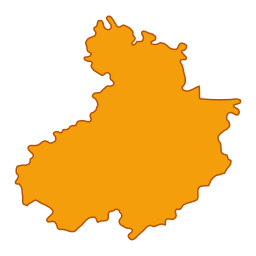 outline of Slutsk, Minsk, Belarus
{"feature_id": "67162791B93573624741448", "entity_name": "Slutsk", "entity_type": "district", "adm_level": 2, "iso_a3": "BLR", "parent_name": "Belarus", "parent_adm1": "Minsk", "projection": "orthographic", "projection_center": [27.567, 53.118], "detail": "fine", "context": "isolated", "style": "filled", "palette": "amber", "viewbox_px": 256, "rotation_deg": 0, "n_neighbors": 0, "source": "geoboundaries", "source_scale": "gbopen_adm2", "svg_char_len": 5703}
<svg xmlns="http://www.w3.org/2000/svg" viewBox="0 0 256 256"><path d="M27.3,205.5L28.9,203.7L32.1,202.0L33.5,200.8L35.3,200.3L36.3,200.2L40.1,202.5L42.0,203.6L44.6,204.6L46.7,205.7L49.2,207.2L51.3,208.8L53.0,210.9L52.8,212.8L51.9,214.1L50.2,215.8L48.6,217.2L46.9,219.2L46.8,220.4L47.6,221.6L48.9,221.9L50.2,221.8L51.0,221.5L53.0,221.4L54.8,221.9L56.3,224.2L57.0,225.9L57.5,228.0L58.5,229.0L59.9,229.4L63.1,229.4L66.8,230.3L68.0,230.8L69.6,231.3L71.2,231.6L73.9,231.6L75.5,230.7L77.4,228.9L78.7,227.5L82.3,224.5L84.5,221.8L86.1,220.2L88.2,218.4L90.3,217.6L92.3,217.1L94.5,217.2L95.8,218.2L96.8,220.2L97.1,221.7L97.8,222.2L99.6,221.5L100.7,221.0L105.5,220.7L106.9,220.1L108.1,218.9L108.2,217.4L108.3,214.9L108.5,213.1L109.9,211.5L112.5,211.0L113.9,210.5L115.5,209.3L116.9,209.2L118.8,210.1L120.1,212.7L121.5,214.1L121.8,215.6L121.6,217.2L120.2,218.9L119.3,220.4L119.2,222.2L120.2,224.3L121.6,225.4L125.9,227.8L127.4,228.2L129.4,228.4L130.9,228.7L132.4,229.8L132.4,230.9L131.6,232.4L130.2,233.2L128.8,234.5L128.3,235.5L128.3,236.3L129.1,237.9L130.2,239.1L132.2,239.8L134.0,239.0L135.4,238.0L137.6,235.7L140.2,233.3L143.2,230.7L147.2,226.6L149.5,225.6L150.7,225.4L152.2,226.1L153.4,226.5L154.9,226.3L158.8,224.7L161.5,224.0L165.2,224.9L165.4,221.6L165.9,219.7L167.3,218.9L169.7,218.9L172.2,219.5L173.9,218.9L175.5,217.5L176.2,215.9L175.8,213.8L175.5,212.3L175.5,210.2L176.9,209.1L178.4,209.3L179.9,209.3L181.1,208.2L183.4,204.8L186.5,203.4L192.2,201.7L195.0,200.7L196.8,199.9L197.7,198.4L198.0,196.3L197.8,190.0L198.6,188.1L200.1,186.5L203.3,185.9L208.5,185.6L209.9,183.0L210.5,180.9L212.1,178.9L213.7,177.3L215.2,176.0L216.9,175.1L219.4,174.8L222.2,173.7L224.4,173.2L225.4,171.6L226.3,169.8L228.0,167.5L229.8,165.4L230.6,163.7L231.0,161.9L230.8,160.4L228.7,159.6L228.0,158.6L227.5,156.5L226.9,155.2L225.3,154.6L223.9,154.3L221.8,153.0L221.0,151.1L221.0,148.0L220.7,144.4L219.9,142.2L218.7,140.9L218.0,138.4L218.3,136.2L220.0,134.0L221.9,132.5L223.5,131.1L225.4,129.9L227.1,129.0L228.9,127.1L229.7,125.7L229.5,124.1L228.7,121.4L227.3,120.4L226.6,118.1L226.8,115.9L227.7,113.7L229.2,112.8L230.9,112.5L233.1,113.2L234.2,114.0L236.2,114.9L237.9,114.8L239.1,113.2L239.1,111.1L238.3,109.7L237.1,108.5L235.3,107.7L233.6,106.6L233.8,105.0L235.4,104.4L237.6,103.9L240.0,102.9L240.6,101.6L240.1,99.9L237.4,99.1L235.0,99.0L231.5,99.5L220.1,99.8L210.6,99.6L202.0,99.0L199.6,98.4L199.3,86.3L197.1,87.0L192.0,89.7L187.8,91.1L186.9,91.1L185.0,90.8L182.7,89.6L182.2,88.2L182.5,86.6L183.6,85.7L185.2,82.5L185.3,80.1L185.1,77.6L184.5,75.3L183.9,73.1L183.3,70.0L182.9,67.8L182.1,65.0L181.4,64.0L180.3,62.3L180.5,60.3L182.0,59.5L182.9,59.5L184.3,59.7L185.7,59.5L186.3,58.1L186.0,56.9L184.7,55.6L181.6,52.1L181.8,51.0L182.9,50.5L184.5,50.1L185.7,48.9L186.5,47.4L186.5,45.5L184.7,44.0L182.7,43.3L180.8,43.2L179.2,44.5L177.7,47.8L176.8,49.1L175.3,49.4L171.8,49.0L169.2,47.7L167.2,45.7L164.3,43.7L162.1,43.0L160.5,42.8L158.9,43.3L157.4,44.2L155.9,44.4L154.9,44.5L152.1,44.2L151.3,43.3L151.1,42.0L152.2,41.3L154.8,40.2L155.4,39.2L155.7,38.2L155.6,36.6L153.3,34.7L151.9,33.9L149.2,33.3L147.4,32.5L145.2,31.5L143.3,31.1L141.9,32.0L141.6,33.7L142.4,35.0L143.2,36.1L143.4,38.0L142.8,40.2L142.1,41.2L140.2,41.5L137.0,41.6L136.3,42.4L135.8,43.3L134.8,44.4L133.6,45.0L132.3,44.6L132.0,43.6L132.4,42.4L133.3,41.4L134.2,40.5L134.7,39.7L135.1,38.3L134.6,37.1L132.9,35.0L132.9,31.9L132.0,30.5L130.3,28.7L129.0,27.7L125.2,25.7L123.5,25.1L121.6,25.8L120.6,26.7L119.7,27.0L117.7,26.9L116.4,25.7L115.9,24.2L114.6,22.5L113.9,21.2L113.0,19.7L110.9,16.9L109.1,16.2L108.0,16.3L106.5,17.6L106.9,19.3L108.2,20.8L109.0,22.1L110.5,24.3L111.1,25.6L111.2,27.3L110.5,28.6L109.4,29.4L108.3,29.7L106.0,29.1L104.3,27.4L103.5,25.3L103.2,23.5L102.5,21.8L101.6,20.7L98.8,20.6L97.8,21.6L97.4,23.2L97.0,25.4L96.3,26.4L94.2,27.7L93.9,28.7L94.2,30.1L95.1,31.1L95.7,32.2L95.8,33.4L95.4,34.9L94.7,35.9L90.1,37.7L88.2,38.6L86.9,40.2L85.6,42.8L86.0,43.7L86.3,45.4L87.0,47.0L87.1,49.3L87.7,51.1L88.4,51.6L89.7,52.5L91.0,53.1L91.0,54.3L90.6,55.4L89.9,56.1L88.3,56.8L86.8,57.0L85.3,57.1L84.4,57.4L84.3,58.7L84.8,59.7L86.8,60.8L88.4,61.3L90.3,61.2L91.5,61.8L92.2,63.1L91.8,64.3L91.2,65.3L91.2,66.5L92.1,68.0L93.3,69.7L94.4,70.7L99.4,73.8L101.9,75.3L102.9,75.2L104.4,74.3L105.5,73.2L106.6,72.7L108.0,72.7L109.6,73.7L110.2,75.1L110.2,76.5L110.2,78.3L110.5,79.3L111.8,80.3L112.7,81.2L114.0,82.7L114.0,83.6L113.1,85.2L111.8,85.8L110.7,86.1L107.8,86.1L106.3,86.5L104.7,88.2L102.4,90.2L100.5,92.4L97.7,92.9L95.9,93.0L94.7,93.2L93.6,94.0L92.6,95.1L92.4,96.4L93.4,97.6L94.8,98.4L95.8,99.3L96.6,100.7L97.1,101.6L97.5,102.8L97.8,104.0L97.7,105.7L97.1,106.7L96.6,108.0L96.1,109.6L95.1,111.1L93.2,112.4L91.9,112.8L91.1,113.3L90.3,114.7L90.1,116.1L90.4,116.9L91.1,118.7L91.1,119.7L90.6,121.0L89.4,121.7L87.4,121.6L84.3,120.9L82.8,120.7L81.6,120.7L79.6,120.9L78.2,121.3L77.0,122.5L75.8,125.3L74.8,125.6L73.4,125.6L72.2,125.7L70.7,126.2L70.1,126.6L69.0,128.2L68.0,129.0L66.6,129.6L65.2,129.7L64.2,129.6L63.3,129.7L62.7,130.3L62.4,131.5L61.8,132.4L60.4,132.8L59.8,132.7L58.3,131.8L56.6,131.6L55.2,132.0L53.8,132.6L53.5,133.4L53.7,134.4L55.1,136.3L55.7,137.6L55.7,139.5L55.4,140.9L53.3,142.4L51.0,143.0L49.7,143.0L48.5,142.4L47.0,141.4L44.6,140.9L43.2,141.6L41.5,142.4L40.2,143.6L38.4,144.9L36.7,145.3L35.2,145.6L31.7,145.5L29.8,145.6L28.3,146.9L28.0,148.3L28.9,150.1L30.2,151.5L31.8,153.0L33.2,154.6L33.3,156.4L32.2,157.7L30.4,159.0L30.0,160.3L30.2,161.8L29.3,163.6L27.6,164.7L25.9,165.2L21.4,165.2L17.2,166.4L16.3,168.8L16.2,172.3L16.9,173.9L18.0,174.8L18.4,176.5L17.8,178.2L15.7,181.3L15.4,182.9L16.2,183.8L17.6,183.9L19.2,184.2L20.6,185.8L21.5,187.5L22.1,190.5L22.3,193.2L22.7,197.1L22.7,201.9L23.4,204.1L25.2,204.9L27.3,205.5Z" fill="#f59e0b" stroke="#b45309" stroke-width="1.5"/></svg>